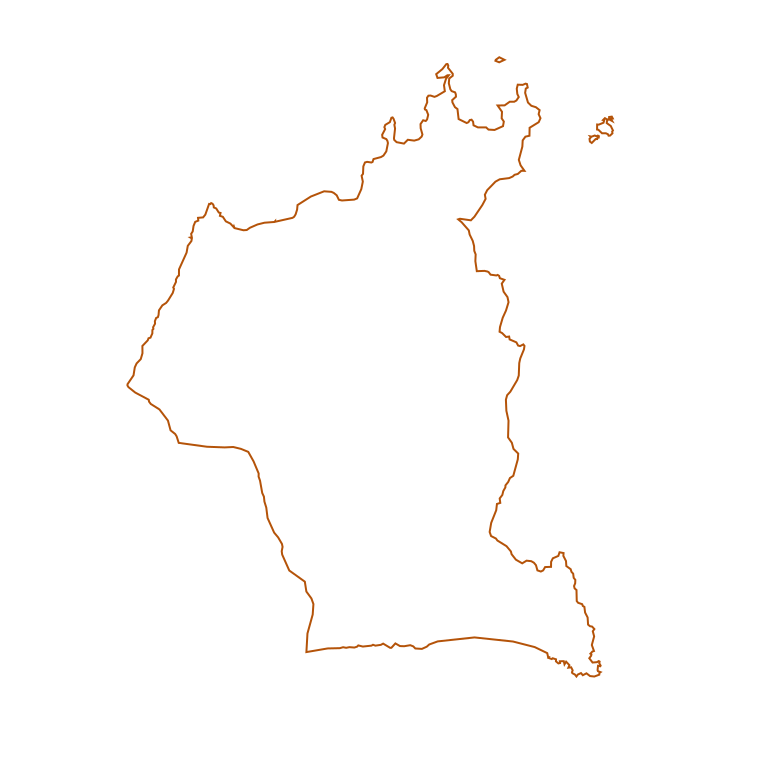 outline of Butiam, Mara, United Republic of Tanzania, rotated 84°
{"feature_id": "72390352B35299561044003", "entity_name": "Butiam", "entity_type": "district", "adm_level": 2, "iso_a3": "TZA", "parent_name": "United Republic of Tanzania", "parent_adm1": "Mara", "projection": "albers", "projection_center": [33.892, -1.67], "detail": "fine", "context": "isolated", "style": "outline", "palette": "amber", "viewbox_px": 768, "rotation_deg": 84, "n_neighbors": 0, "source": "geoboundaries", "source_scale": "gbopen_adm2", "svg_char_len": 6144}
<svg xmlns="http://www.w3.org/2000/svg" viewBox="0 0 768 768"><g transform="rotate(84 384 384)"><path d="M642.5,489.2L641.1,467.7L642.1,455.5L641.5,452.2L642.4,449.2L642.1,445.9L643.0,441.0L642.4,438.2L641.3,436.9L642.9,432.5L642.9,423.8L642.2,422.2L643.3,419.9L643.1,414.4L642.1,412.0L647.0,405.5L647.1,404.2L643.2,399.8L646.3,395.5L646.9,391.3L646.5,385.2L648.0,382.3L650.3,380.5L651.4,374.0L649.7,368.9L647.8,366.3L645.6,357.5L645.5,320.5L653.6,282.6L661.4,261.6L668.7,249.8L673.0,249.3L673.0,248.8L673.5,249.2L675.1,245.9L674.4,244.9L675.8,241.7L677.8,242.0L680.1,239.8L679.9,238.1L678.1,238.1L678.5,234.2L681.7,233.8L679.2,231.9L683.0,229.0L685.4,230.3L685.3,227.5L688.5,226.3L690.3,227.2L691.3,226.9L692.9,224.5L695.0,223.2L693.2,221.6L692.1,218.3L694.4,216.7L692.9,212.9L696.0,209.6L696.9,205.4L695.6,200.3L693.8,199.9L693.2,198.8L692.0,201.2L690.9,201.5L686.6,200.6L687.3,198.4L686.7,198.0L684.2,199.1L682.6,198.6L682.0,199.4L682.9,201.3L682.8,205.7L678.2,208.5L675.9,206.4L674.6,206.0L673.8,206.9L671.9,204.8L671.5,203.1L665.3,204.6L657.0,201.4L651.7,202.2L649.7,200.4L647.0,202.4L646.4,204.5L644.6,206.2L637.5,205.9L632.3,207.9L626.6,208.0L625.5,209.5L623.7,209.9L621.9,213.8L620.0,215.0L609.0,214.1L607.2,215.8L604.8,216.1L602.2,214.7L598.8,214.2L596.6,215.6L592.4,215.7L590.4,217.2L587.7,217.7L584.1,221.7L579.1,221.5L573.7,223.6L570.9,223.1L569.7,227.0L573.2,228.6L575.0,234.3L578.3,236.4L583.3,237.0L582.9,242.9L586.0,245.2L586.9,247.6L585.4,250.9L580.1,251.8L577.4,253.6L575.6,256.1L574.6,260.7L576.8,265.3L572.5,271.2L566.6,274.9L563.8,275.3L558.1,279.1L551.5,287.6L549.4,288.8L546.4,293.4L542.2,294.4L533.3,291.9L521.3,285.6L515.1,284.2L514.4,280.8L509.9,280.9L506.7,277.9L503.0,276.6L499.5,274.1L497.5,273.8L494.4,270.7L490.7,268.6L488.8,265.0L472.9,258.8L467.2,257.8L462.1,262.0L455.8,263.0L450.1,266.2L433.5,264.0L423.4,265.1L412.3,264.4L408.0,262.7L404.9,259.2L394.0,251.1L389.7,249.1L377.3,247.3L372.8,245.8L364.2,241.2L360.8,240.3L359.2,241.3L360.5,244.7L359.8,246.6L356.4,248.0L352.8,254.4L349.9,254.6L350.0,257.7L345.7,261.2L344.1,263.6L339.5,262.7L330.5,259.0L323.7,255.0L315.7,251.6L310.5,252.1L304.7,255.4L296.5,256.4L293.0,253.3L290.9,257.7L288.5,258.2L287.4,259.6L287.8,260.9L286.4,266.6L283.6,268.3L282.9,269.5L282.0,272.3L281.5,279.9L271.4,280.3L264.7,279.3L261.0,280.3L256.2,280.0L250.9,280.8L244.3,283.2L240.1,283.6L231.2,289.9L228.0,293.0L227.6,291.2L230.3,280.5L227.1,276.6L216.3,267.5L210.5,263.6L206.3,263.9L202.0,261.1L194.4,252.0L192.5,247.5L192.3,238.0L191.1,234.3L189.6,232.3L189.1,229.0L186.3,225.1L186.7,222.0L180.8,225.3L175.2,226.5L162.4,221.6L156.2,220.6L152.8,217.5L152.3,213.4L144.4,212.4L139.8,202.8L136.0,200.6L131.8,202.0L127.9,200.6L124.6,204.0L122.7,208.4L119.1,211.4L109.2,213.2L105.0,212.1L104.2,210.1L100.6,210.5L100.1,211.8L101.0,214.8L100.3,219.7L104.2,221.1L109.5,221.1L112.7,220.0L115.9,222.7L116.9,225.0L116.4,229.4L119.5,234.9L118.9,241.9L125.6,238.2L132.1,239.2L135.5,237.4L140.0,238.7L142.9,247.5L141.9,253.5L139.5,255.6L138.6,263.8L136.1,267.9L132.4,268.0L130.3,269.3L130.5,271.1L132.5,272.7L133.1,274.5L128.3,282.1L118.2,282.2L116.1,284.5L111.1,286.5L108.8,286.5L105.8,282.4L103.4,282.3L101.4,282.8L99.8,286.1L97.9,287.2L91.7,288.1L87.0,287.2L84.6,283.4L82.7,283.2L76.2,287.3L74.0,286.8L72.4,287.4L72.4,288.6L76.9,293.0L81.3,299.7L85.2,298.8L85.3,292.0L83.6,288.7L83.7,287.3L86.9,290.4L93.1,293.1L99.2,292.9L103.1,301.4L103.7,303.8L102.0,307.5L101.9,309.7L103.8,311.3L108.4,311.6L114.1,314.7L115.2,314.6L116.1,313.2L120.9,311.9L125.4,313.5L126.8,315.0L125.8,317.5L129.3,320.5L133.5,320.8L139.9,319.7L141.9,320.7L144.3,323.9L145.1,328.5L143.6,334.8L147.0,339.0L144.8,346.2L142.3,348.3L140.7,348.4L131.1,346.3L127.3,346.6L125.6,345.7L121.2,346.8L119.8,347.6L120.0,348.8L124.2,350.8L126.4,355.6L128.6,356.8L130.6,356.2L136.0,359.8L138.7,359.7L140.7,356.1L142.6,355.2L144.8,354.9L152.9,357.4L156.8,360.7L158.0,363.3L159.2,370.9L162.0,372.2L162.4,373.4L161.3,377.6L161.7,379.8L165.4,381.8L172.8,382.9L174.5,384.5L180.5,383.9L187.8,386.2L196.6,391.3L197.5,394.4L197.1,406.6L196.1,409.6L191.4,411.3L188.7,414.0L187.4,416.2L186.1,423.4L189.9,437.1L197.0,451.3L201.5,452.2L206.1,454.2L208.3,455.9L209.2,457.6L211.3,475.5L210.8,475.4L211.4,476.1L211.1,486.0L212.1,493.1L214.6,501.0L216.5,504.4L216.4,507.7L213.3,516.4L211.7,516.8L212.3,517.1L208.4,520.0L205.7,524.3L200.9,526.8L199.6,529.6L196.8,528.7L196.2,530.4L191.9,532.5L190.6,534.8L188.5,534.8L186.8,535.7L186.0,537.0L186.9,537.9L186.6,539.1L196.9,544.0L199.4,546.5L199.3,551.6L202.1,551.6L203.0,554.8L206.9,556.9L212.3,558.3L214.5,560.1L218.0,559.8L218.1,561.3L219.2,559.9L221.7,560.6L226.1,564.7L232.7,566.6L248.6,575.9L254.7,576.6L255.4,577.9L258.3,580.0L260.7,580.2L266.0,583.5L267.4,582.9L271.4,584.6L278.5,590.1L280.6,592.2L282.6,596.2L287.2,600.1L291.8,601.0L293.9,601.9L294.5,603.7L297.6,605.3L300.1,605.4L303.4,607.7L305.1,607.6L306.1,608.7L309.5,609.1L311.7,610.4L313.5,611.4L313.9,613.4L315.9,614.4L320.9,620.3L328.2,621.0L333.8,623.3L337.7,627.9L341.4,630.1L349.2,632.2L357.4,639.1L358.7,639.3L360.5,638.4L366.5,632.3L375.1,619.6L377.0,619.5L379.5,618.0L385.8,610.0L397.8,602.7L407.8,601.1L411.9,596.9L414.4,595.7L421.1,594.3L427.9,566.6L430.4,549.1L430.9,540.5L433.5,533.2L437.3,526.1L447.3,521.8L459.9,518.0L463.0,518.4L467.1,517.4L479.7,516.5L483.5,515.2L488.5,515.2L494.6,514.0L505.1,513.8L520.3,508.8L525.5,505.3L532.4,502.2L535.4,501.9L539.6,503.2L543.0,503.1L559.6,497.7L572.3,483.4L582.3,482.9L589.7,478.6L595.5,477.2L605.8,479.0L624.1,486.2L642.5,489.2ZM156.8,130.7L155.8,129.8L151.1,131.5L147.8,135.2L145.8,134.8L144.2,133.1L144.2,134.6L142.7,136.5L144.4,138.6L144.9,137.5L147.1,138.4L148.5,143.3L148.2,144.9L153.2,145.5L153.6,144.2L157.4,141.0L157.8,137.2L159.0,135.2L160.5,134.7L160.6,133.3L158.6,130.6L156.8,130.7ZM166.0,152.2L162.5,147.9L162.7,146.4L161.2,145.7L161.3,144.7L160.0,144.4L159.3,145.4L159.8,146.9L158.9,148.4L159.7,151.7L159.3,153.0L160.2,152.4L161.7,154.0L164.4,153.9L166.0,152.2ZM74.2,239.4L76.1,235.8L74.2,230.3L71.1,235.2L73.3,239.0L74.2,239.4ZM144.0,130.6L143.9,128.7L141.9,129.5L142.0,132.2L144.3,132.5L146.3,129.6L144.0,130.6Z" fill="none" stroke="#b45309" stroke-width="2"/></g></svg>